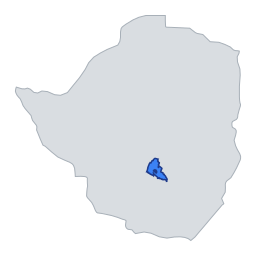 location of Zvishavane, Midlands, Zimbabwe
{"feature_id": "62879985B59782036697495", "entity_name": "Zvishavane", "entity_type": "district", "adm_level": 2, "iso_a3": "ZWE", "parent_name": "Zimbabwe", "parent_adm1": "Midlands", "projection": "robinson", "projection_center": [30.159, -20.28], "detail": "fine", "context": "in_parent", "style": "filled", "palette": "blue", "viewbox_px": 256, "rotation_deg": 0, "n_neighbors": 0, "source": "geoboundaries", "source_scale": "gbopen_adm2", "svg_char_len": 5328}
<svg xmlns="http://www.w3.org/2000/svg" viewBox="0 0 256 256"><path d="M190.8,240.5L188.2,238.6L184.7,237.4L180.1,236.8L174.3,237.0L167.0,238.1L159.3,236.8L151.0,233.2L144.1,232.0L135.9,233.5L135.5,233.6L134.1,232.4L131.9,229.8L128.1,229.3L127.1,228.7L126.2,227.7L125.7,226.5L125.5,225.1L126.1,220.8L125.7,220.4L124.7,219.8L122.7,219.3L117.7,217.4L111.5,215.5L101.4,213.4L97.5,212.9L96.6,212.3L95.5,210.7L93.5,205.8L91.7,202.5L87.3,197.5L86.6,196.0L86.8,192.0L87.1,188.8L87.6,186.1L87.4,183.5L87.3,180.3L87.4,178.2L86.8,177.3L85.2,176.6L80.7,176.3L75.3,176.5L75.1,173.3L74.6,168.3L73.5,165.4L72.3,163.9L69.8,162.3L64.7,160.2L57.8,157.0L51.9,152.2L45.1,146.2L43.0,145.2L40.5,139.6L36.6,130.0L36.9,126.8L36.3,125.2L32.6,120.5L31.7,118.0L31.1,115.6L25.2,108.7L23.1,105.7L21.6,101.8L20.1,98.7L18.8,97.4L17.1,95.3L15.9,92.9L15.4,91.1L15.8,88.7L16.3,87.1L21.9,88.8L25.0,88.9L27.4,88.1L30.3,89.2L33.9,92.4L37.7,93.0L41.9,91.0L47.5,91.6L54.6,94.7L60.5,95.3L67.4,92.6L73.6,84.9L79.5,77.7L85.2,69.4L88.7,62.7L93.7,57.2L100.4,53.0L107.3,49.4L117.8,45.1L119.8,41.5L120.5,37.6L120.5,32.1L121.1,28.6L122.2,27.0L123.9,25.7L126.1,24.1L133.0,19.9L138.8,17.3L145.9,15.5L153.6,15.5L161.0,15.5L165.3,15.5L165.3,20.7L165.6,26.7L166.5,27.2L172.1,27.4L181.0,27.8L189.7,28.2L195.2,32.5L197.0,33.4L202.8,34.5L210.1,41.7L218.9,42.3L225.0,44.5L230.3,47.0L233.4,49.9L235.3,50.6L238.0,50.8L239.3,51.1L239.0,53.2L237.2,56.8L237.5,61.9L239.9,69.0L240.2,75.2L239.4,86.2L239.4,96.7L239.6,100.5L240.0,103.0L240.5,104.4L240.4,105.9L239.0,110.4L237.8,115.0L237.7,116.9L237.3,118.2L236.4,119.4L232.5,121.5L231.9,122.9L231.9,125.3L232.4,127.3L233.8,128.1L235.5,129.2L236.2,130.7L236.2,132.3L235.6,135.3L234.1,140.2L235.6,145.8L237.3,149.5L239.7,153.7L240.6,156.3L240.6,158.2L240.2,160.0L236.6,167.8L234.0,172.6L230.9,177.7L226.8,180.9L225.7,182.5L225.3,184.3L225.4,188.1L225.2,192.2L221.6,198.4L223.8,203.7L223.3,204.2L222.1,205.0L217.0,211.0L211.8,217.1L208.1,221.5L203.8,226.6L199.0,232.2L194.9,237.1L190.8,240.5Z" fill="#d9dde1" stroke="#a8b0b8" stroke-width="1"/><path d="M158.0,161.3L157.9,161.2L158.0,161.1L157.8,160.9L157.9,160.7L157.9,160.4L157.8,160.2L157.9,159.9L157.8,159.7L157.9,159.4L158.0,159.2L157.9,159.2L157.2,158.9L156.4,158.7L156.0,158.6L155.1,158.4L154.7,158.5L153.8,159.3L153.4,159.7L153.3,159.8L153.3,160.1L153.2,160.5L152.0,160.8L150.9,162.9L150.6,162.8L150.1,162.6L149.7,163.3L149.4,163.6L149.2,164.1L149.0,164.6L148.5,165.8L148.1,166.8L148.1,167.0L147.8,167.7L147.8,168.5L147.7,168.6L147.6,168.8L147.4,170.0L146.7,171.7L146.9,171.7L147.1,171.6L147.3,172.0L147.5,172.3L147.7,172.2L147.7,172.3L147.8,172.3L147.9,172.5L148.0,172.6L148.2,172.8L148.3,172.8L148.4,172.7L148.5,172.7L148.6,172.8L148.6,173.0L148.8,173.2L149.0,173.1L149.3,173.2L149.7,173.4L149.7,173.5L149.9,173.6L150.1,173.9L150.2,174.2L150.3,174.2L150.5,174.3L150.8,174.4L151.0,174.5L151.3,174.4L151.5,174.5L151.6,174.8L151.8,174.9L152.0,175.0L152.3,175.1L152.5,175.0L152.8,175.1L153.0,175.4L153.1,175.5L153.5,175.7L153.6,175.8L153.7,175.4L153.7,174.2L153.6,173.7L156.5,176.4L156.8,176.6L157.1,176.9L157.4,177.1L157.5,177.3L157.7,177.5L157.6,178.3L157.8,178.4L158.0,178.4L158.5,178.3L158.7,178.1L158.8,177.9L159.0,177.9L159.0,178.1L159.2,178.3L159.3,178.2L159.6,178.1L159.7,178.3L159.7,178.5L159.9,178.6L160.1,178.6L160.4,178.6L160.8,178.8L161.0,178.8L161.4,179.0L161.5,179.2L161.6,179.3L161.8,179.2L162.1,179.1L162.4,179.3L162.7,179.5L162.8,179.7L163.0,179.7L163.3,179.7L163.5,179.7L164.1,179.5L164.4,179.5L164.6,179.6L164.8,179.7L165.0,179.8L165.3,179.8L165.5,180.0L165.8,180.1L165.7,179.9L165.8,179.9L165.9,179.7L166.0,179.7L166.2,179.8L166.4,180.1L166.5,180.4L166.5,180.5L166.6,180.9L166.7,181.0L166.6,181.3L166.8,181.3L166.9,181.1L166.8,180.9L166.7,180.7L166.8,180.6L166.8,180.4L166.8,180.2L166.7,179.9L166.6,179.7L166.7,179.4L166.8,179.3L167.1,179.3L167.1,179.2L167.0,178.9L166.8,178.5L166.6,178.1L166.2,177.6L165.9,177.2L165.7,176.9L165.7,176.6L165.7,176.4L165.5,176.2L165.3,175.9L165.2,175.8L165.1,175.7L164.6,175.2L164.4,175.0L164.4,174.9L164.2,174.4L164.0,174.5L163.8,174.6L163.7,174.6L163.1,173.7L163.0,173.4L163.0,173.2L163.0,172.9L162.9,172.8L162.8,172.7L162.2,172.5L162.1,172.4L161.9,172.4L161.7,172.3L161.3,172.3L161.2,172.3L161.1,172.1L161.0,171.9L160.8,171.7L160.8,171.3L161.3,170.0L161.3,169.8L161.3,169.7L161.5,169.6L161.6,169.4L161.5,169.2L161.7,168.9L161.9,168.6L161.8,168.4L161.8,168.2L161.0,167.5L159.5,166.3L158.7,167.1L158.4,167.4L158.2,167.2L158.2,166.9L158.3,166.8L158.4,166.7L158.4,166.4L158.5,166.2L158.6,165.7L158.5,165.3L158.5,165.2L158.4,164.9L158.5,164.6L158.7,164.4L158.7,164.1L158.9,164.0L158.9,163.9L159.0,163.8L159.2,163.7L159.2,163.4L159.1,163.2L159.2,162.9L159.3,162.8L159.3,162.7L159.1,162.7L158.9,162.5L158.8,162.4L158.7,162.4L158.6,162.2L158.4,162.0L158.3,161.9L158.2,161.9L157.9,161.6L157.9,161.4L158.0,161.3L158.0,161.3ZM154.0,170.2L154.9,169.7L155.3,170.0L155.5,170.1L155.8,170.1L155.8,170.3L156.3,170.7L156.2,170.9L156.7,171.4L156.6,172.2L156.6,172.5L156.6,173.1L156.5,172.9L156.4,172.8L156.3,172.6L156.2,172.8L156.1,172.6L155.9,172.6L155.6,172.6L155.6,172.4L155.4,172.3L155.3,172.2L155.2,172.0L155.2,171.9L154.9,171.8L154.9,171.7L154.7,171.7L154.8,171.6L154.7,171.5L154.7,171.4L154.4,171.4L154.3,171.2L154.2,171.2L153.9,171.2L153.5,170.7L153.6,170.4L153.8,170.3L154.0,170.2Z" fill="#3b82f6" stroke="#1e3a8a" stroke-width="1.5"/></svg>